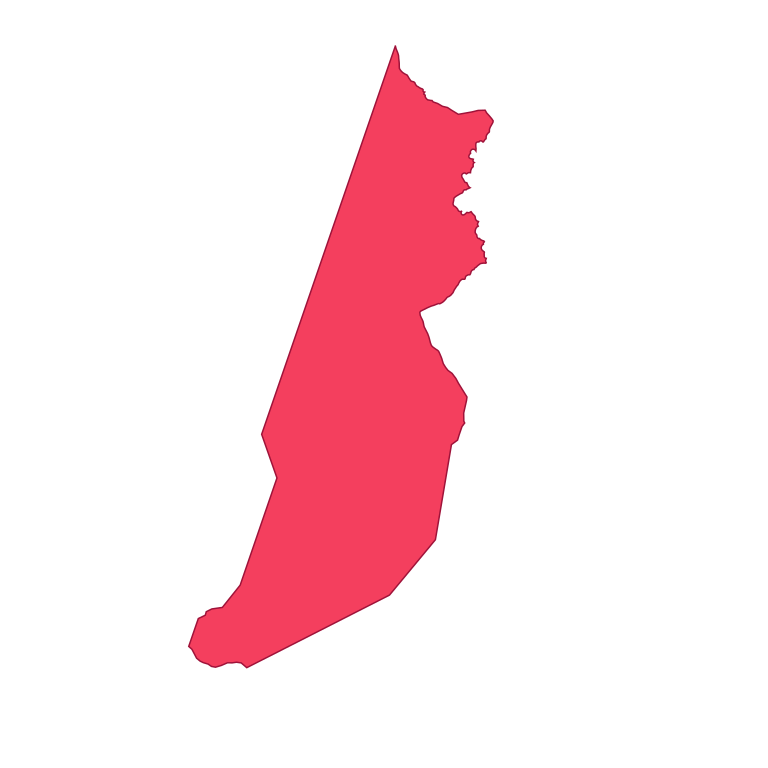 outline of Acurenam, Centro Sur, Equatorial Guinea, rotated 109°
{"feature_id": "11065452B93144755032170", "entity_name": "Acurenam", "entity_type": "district", "adm_level": 2, "iso_a3": "GNQ", "parent_name": "Equatorial Guinea", "parent_adm1": "Centro Sur", "projection": "albers", "projection_center": [10.388, 1.118], "detail": "fine", "context": "isolated", "style": "filled", "palette": "rose", "viewbox_px": 768, "rotation_deg": 109, "n_neighbors": 0, "source": "geoboundaries", "source_scale": "gbopen_adm2", "svg_char_len": 5797}
<svg xmlns="http://www.w3.org/2000/svg" viewBox="0 0 768 768"><g transform="rotate(109 384 384)"><path d="M514.5,284.7L419.3,300.5L413.1,296.2L407.2,296.4L398.8,296.4L394.6,295.0L393.2,296.4L385.5,299.2L372.8,300.6L369.3,301.3L359.1,313.8L355.4,317.8L351.8,323.1L350.3,328.0L348.2,331.2L345.6,334.4L345.5,334.5L345.4,334.6L343.5,336.0L341.1,337.7L339.8,338.8L336.5,341.8L335.2,343.1L334.6,344.6L334.2,346.4L333.0,350.2L332.8,350.7L331.8,352.0L331.6,352.2L331.5,352.3L329.7,353.7L325.9,356.2L324.4,357.3L322.2,359.1L317.0,364.5L315.5,365.5L313.9,366.4L312.1,367.5L310.5,369.0L309.2,370.4L307.5,371.9L307.3,372.1L304.8,373.4L304.6,373.4L304.4,373.4L304.2,373.4L303.9,373.3L303.6,373.2L303.0,372.9L302.9,372.7L302.7,372.6L297.5,367.5L294.8,364.5L293.4,362.5L290.4,359.0L290.3,358.8L290.1,358.3L290.0,357.4L289.3,356.7L287.6,355.2L285.7,354.1L283.6,353.2L281.9,352.7L281.2,352.3L280.0,351.0L278.4,349.8L275.2,348.5L272.1,348.2L270.3,347.7L268.2,347.2L267.9,347.1L266.0,346.3L264.4,346.2L262.3,345.8L262.1,345.7L261.9,345.7L260.0,344.7L259.9,344.5L259.7,344.4L259.4,344.1L259.4,343.9L258.7,341.9L258.2,341.6L256.0,341.8L255.8,341.7L255.6,341.7L255.4,341.6L255.1,341.5L254.9,341.4L253.6,340.2L253.2,339.6L252.8,338.4L251.6,338.1L249.3,338.2L248.6,338.1L247.6,337.6L247.4,337.5L247.2,337.4L247.1,337.2L246.9,336.9L246.5,336.2L245.5,336.1L244.8,335.9L243.4,334.8L241.7,334.0L239.0,332.2L238.5,331.6L237.3,329.3L236.6,327.0L235.9,326.9L235.3,327.5L234.8,327.9L234.4,328.1L233.7,328.2L231.9,328.2L232.0,328.9L231.9,329.5L231.5,330.1L231.1,330.6L230.4,330.9L229.7,331.1L229.3,331.2L228.7,331.6L228.1,331.8L227.2,331.9L226.7,332.0L226.4,332.3L226.2,333.0L225.9,333.8L225.6,334.6L225.3,335.1L224.6,335.8L224.1,336.2L223.2,336.5L222.7,336.6L221.7,336.6L221.2,336.5L220.6,336.3L220.1,336.0L219.6,335.5L219.2,335.7L218.6,335.9L218.1,335.9L217.3,335.6L216.8,335.4L216.4,335.9L216.2,336.3L216.3,336.8L216.3,337.8L216.1,339.3L216.0,339.8L215.6,340.6L215.3,341.0L215.7,341.8L215.6,342.5L215.5,342.8L215.1,343.4L214.6,343.9L214.2,344.2L213.0,344.7L212.9,344.8L211.8,346.4L211.3,346.9L210.9,347.2L210.7,347.2L210.6,347.3L209.9,347.5L208.9,347.7L207.3,347.8L206.8,347.7L206.2,347.5L205.2,347.2L204.7,346.8L204.3,346.3L204.1,346.2L203.7,346.7L203.1,347.3L202.9,347.4L202.8,347.5L202.6,347.5L202.4,347.7L202.2,347.7L201.1,347.7L199.9,347.5L199.6,347.5L199.6,348.9L199.4,349.6L198.8,350.6L198.4,351.1L196.1,352.3L195.5,352.9L193.9,356.1L192.9,357.4L192.7,357.8L193.4,358.4L193.6,358.5L194.2,359.3L194.5,359.8L194.7,360.3L194.7,361.1L194.7,361.4L197.2,362.8L197.7,363.2L198.2,363.8L198.4,364.2L198.6,365.0L198.3,365.7L198.0,366.2L197.4,366.7L196.7,366.9L196.0,367.0L195.4,366.8L194.9,366.6L195.5,367.0L195.9,367.4L196.0,367.6L196.2,368.2L196.2,369.0L196.2,369.4L196.1,369.6L196.1,369.8L195.9,370.1L195.5,370.6L194.8,371.2L194.5,371.6L193.7,373.0L193.1,374.4L193.0,375.4L192.8,375.9L192.4,376.4L192.1,376.8L191.5,377.2L190.8,377.5L187.5,377.9L186.7,378.1L186.2,378.3L185.5,378.3L184.9,378.1L184.7,378.0L184.5,377.9L182.8,376.8L179.4,373.9L177.7,372.1L177.4,372.0L176.8,371.9L175.9,371.9L175.1,371.7L174.5,371.4L174.4,371.3L174.0,370.8L173.9,370.5L173.8,369.9L173.8,369.7L173.3,369.3L172.4,368.8L171.9,368.2L171.8,367.9L171.1,367.2L170.4,366.5L170.3,367.0L169.8,368.0L169.6,368.5L169.0,369.1L168.1,370.0L167.2,370.8L166.8,371.2L166.7,371.3L166.9,371.9L166.9,372.5L166.9,373.1L166.8,373.3L166.4,373.7L166.2,374.0L164.6,375.7L163.4,377.3L163.0,377.7L161.8,378.3L161.6,378.4L161.5,378.5L161.3,378.5L161.1,378.5L160.9,378.5L160.7,378.5L160.2,378.4L159.6,378.1L159.0,377.6L158.6,377.1L158.2,376.4L158.2,375.7L158.6,374.6L158.2,374.2L156.8,373.1L156.5,372.5L156.3,371.8L156.1,371.0L154.4,371.4L153.1,371.5L151.8,371.4L151.7,371.4L150.7,371.1L150.3,370.9L149.7,370.5L149.3,370.5L147.7,371.1L147.3,371.2L146.6,371.3L145.9,371.1L145.5,371.0L145.2,370.8L145.2,371.2L145.1,371.4L144.8,371.9L144.3,372.3L144.1,372.4L144.0,372.5L143.8,372.6L143.6,372.7L142.4,372.7L142.4,373.3L142.6,374.2L142.7,375.0L142.7,375.8L142.6,376.5L142.4,377.0L141.9,377.5L141.2,377.9L140.7,378.0L140.0,378.0L138.9,377.8L138.4,377.6L137.7,377.2L137.4,377.4L137.2,377.5L136.5,377.9L135.8,378.0L135.0,377.9L134.5,377.7L133.8,377.4L133.3,376.9L132.9,376.0L132.8,375.3L132.8,374.8L133.0,374.2L133.4,373.4L133.7,373.0L131.5,373.6L129.6,374.5L127.6,375.2L126.8,375.4L126.1,375.4L125.4,375.1L124.6,374.3L124.4,373.9L124.3,373.1L123.8,373.0L123.6,372.9L123.3,372.7L123.2,372.6L122.7,372.0L122.4,371.3L122.5,370.5L123.0,369.2L122.7,368.8L120.4,368.2L119.8,368.0L119.1,367.5L119.0,367.4L118.1,367.5L117.1,367.9L116.6,368.0L115.5,368.0L115.3,368.0L115.0,368.0L113.4,367.5L113.3,367.4L113.1,367.4L111.8,366.6L111.3,366.5L110.8,366.6L109.2,367.1L108.7,367.2L107.6,367.2L106.2,367.1L102.5,366.4L101.1,366.2L100.0,366.4L99.6,366.5L99.1,367.2L98.3,368.2L96.4,371.3L94.2,375.3L94.0,375.5L92.2,377.5L94.7,384.1L98.1,389.4L102.1,396.6L104.8,401.5L103.1,409.4L101.9,413.9L102.4,419.1L101.3,424.6L101.3,429.3L100.3,430.9L100.6,431.7L100.8,433.1L101.1,435.2L100.7,436.3L100.2,437.2L99.3,438.2L99.1,438.5L98.6,438.8L97.9,438.9L97.5,439.2L97.2,439.7L97.1,440.6L96.0,441.0L95.4,440.6L94.7,440.5L94.9,441.6L94.5,442.4L93.8,442.6L92.9,442.9L92.5,443.9L92.5,445.2L92.3,446.9L91.8,448.6L91.5,450.3L90.1,452.1L89.1,452.9L88.6,454.2L88.8,456.9L87.9,458.3L86.9,459.7L84.4,462.6L84.0,465.5L83.4,467.8L82.6,469.5L81.7,470.9L80.6,472.2L78.9,472.9L76.1,473.9L74.0,474.8L71.3,476.1L68.9,477.1L67.6,477.9L65.7,479.4L63.1,481.7L60.8,483.2L60.8,483.3L471.4,483.3L507.7,454.6L621.0,454.5L647.9,464.1L652.7,473.5L657.1,477.9L660.8,477.7L666.2,483.2L695.7,483.2L697.4,479.2L704.3,471.9L705.9,467.6L706.3,464.2L706.1,459.1L707.2,455.2L706.6,451.1L703.1,446.2L698.6,441.3L697.0,436.6L695.1,432.9L694.2,428.2L696.9,421.4L581.8,310.1L514.5,284.7Z" fill="#f43f5e" stroke="#9f1239" stroke-width="1.5"/></g></svg>